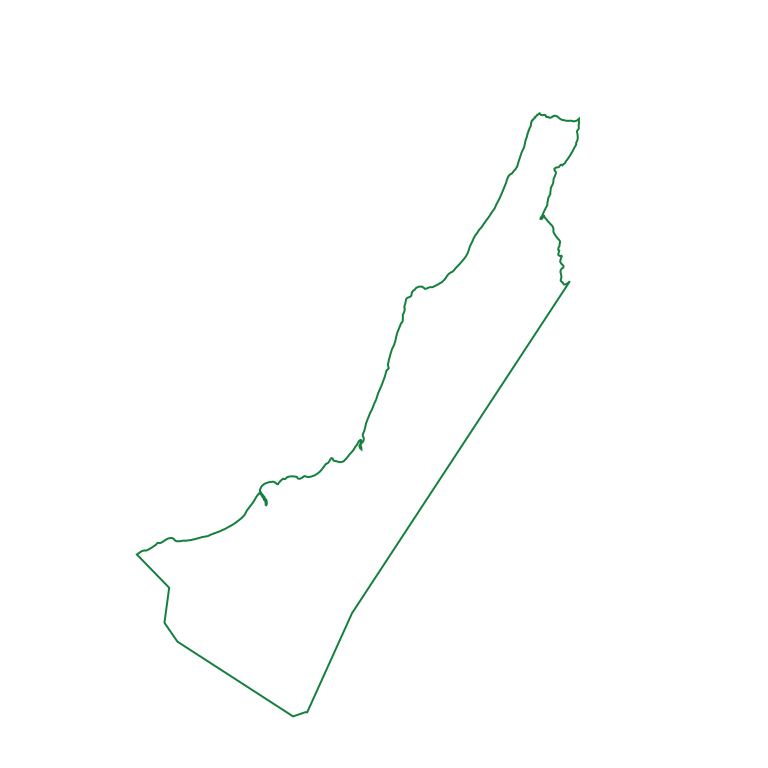 outline of Bata, Litoral, Equatorial Guinea, rotated 33°
{"feature_id": "11065452B98139425844484", "entity_name": "Bata", "entity_type": "district", "adm_level": 2, "iso_a3": "GNQ", "parent_name": "Equatorial Guinea", "parent_adm1": "Litoral", "projection": "robinson", "projection_center": [9.804, 2.002], "detail": "fine", "context": "isolated", "style": "outline", "palette": "green", "viewbox_px": 768, "rotation_deg": 33, "n_neighbors": 0, "source": "geoboundaries", "source_scale": "gbopen_adm2", "svg_char_len": 6011}
<svg xmlns="http://www.w3.org/2000/svg" viewBox="0 0 768 768"><g transform="rotate(33 384 384)"><path d="M483.9,196.6L483.1,199.6L482.5,200.8L481.5,202.0L480.4,202.6L478.8,201.6L478.3,201.5L477.5,201.7L475.8,201.0L475.1,199.5L475.0,198.8L474.3,197.3L473.6,196.4L471.3,194.3L470.4,193.0L470.3,192.4L470.2,190.3L470.9,189.0L470.9,188.5L470.7,187.9L470.5,187.5L470.1,187.2L468.6,186.8L467.1,186.5L465.9,186.0L465.5,185.7L464.8,184.9L464.3,183.3L464.0,182.6L464.1,182.3L463.9,182.0L463.5,180.0L462.9,179.8L462.1,180.6L461.6,180.9L460.2,180.9L459.8,180.6L459.6,180.3L459.2,179.5L458.3,176.6L457.9,176.6L457.6,176.8L457.0,176.5L456.5,175.7L456.4,175.3L456.1,174.7L456.1,173.0L456.0,172.6L455.2,171.4L455.0,170.5L454.3,168.9L453.7,168.4L452.4,167.8L451.3,167.6L449.5,167.0L448.8,166.9L444.2,164.8L443.5,164.3L442.7,163.4L442.5,163.1L441.7,161.6L441.1,161.2L439.7,160.1L437.5,159.3L436.2,159.2L434.2,158.5L433.3,158.5L429.9,157.2L429.3,157.2L428.0,156.7L426.6,155.7L426.1,155.9L426.4,157.6L426.5,159.1L426.2,160.0L425.3,160.3L424.9,159.5L424.9,158.7L425.0,156.3L424.7,155.1L424.6,153.9L424.3,152.8L424.0,149.5L423.7,147.9L423.7,146.6L423.6,145.4L423.2,144.5L422.0,142.4L421.9,141.8L420.4,138.3L420.1,134.4L419.3,132.9L418.7,131.9L418.1,130.5L417.1,128.6L416.8,125.7L416.5,123.8L416.3,123.0L415.4,121.2L414.7,119.9L414.4,119.1L414.2,117.0L413.4,113.7L413.1,113.1L412.7,112.7L412.0,112.3L411.2,112.2L410.0,111.3L409.8,111.0L410.0,109.6L410.5,108.5L412.0,107.5L412.5,106.7L412.8,104.0L413.4,103.4L414.5,103.5L414.8,102.1L415.2,101.0L415.5,100.2L415.2,98.2L415.4,97.3L415.6,93.3L415.5,89.3L415.4,85.8L415.0,83.2L415.0,82.4L414.9,80.4L414.9,79.3L414.6,78.3L413.7,76.9L413.6,75.2L413.3,73.9L412.8,72.8L412.5,72.1L410.5,69.4L408.3,67.1L408.1,66.7L408.3,63.7L407.9,63.0L406.6,61.5L406.0,60.2L405.6,59.0L404.7,57.8L403.8,56.7L403.1,55.4L402.5,57.4L402.2,58.2L401.3,59.1L400.4,60.3L397.2,61.4L395.9,62.5L393.4,64.0L392.1,64.4L389.8,65.4L389.0,65.6L386.3,65.7L384.4,65.3L383.2,65.3L382.5,65.4L381.6,65.7L380.7,66.4L380.4,66.9L380.2,66.9L380.1,67.3L379.3,69.0L378.5,70.1L377.8,70.6L376.7,70.6L376.1,70.6L375.6,71.2L374.6,71.6L374.0,71.4L373.6,70.8L373.1,70.7L372.2,70.9L371.7,71.0L371.2,71.5L370.7,72.1L370.2,72.5L369.4,72.6L368.7,72.9L367.1,72.2L367.0,72.4L367.2,72.5L366.6,73.7L366.4,74.4L366.2,74.7L365.9,74.8L365.8,75.2L365.8,75.9L365.7,77.4L365.6,77.8L365.4,78.0L365.2,78.1L365.5,78.6L365.5,79.0L365.0,80.2L365.1,80.6L364.9,82.1L364.6,82.3L364.7,82.9L364.6,83.3L365.5,85.3L365.7,86.1L366.3,86.9L366.6,88.1L366.7,89.8L366.9,90.7L367.4,92.4L367.3,92.9L367.8,94.3L368.1,95.9L369.2,98.9L369.7,101.1L369.8,102.0L372.5,109.0L373.3,114.8L374.0,117.4L375.7,124.1L377.2,128.8L377.3,132.4L376.9,134.0L376.7,137.1L376.5,138.0L375.3,140.3L375.3,142.8L376.0,146.4L376.7,148.2L378.9,159.7L379.9,165.8L380.5,172.8L381.1,175.9L381.1,179.0L380.9,180.8L381.0,186.6L380.6,191.3L380.6,193.6L380.4,196.1L380.5,198.6L379.8,203.2L379.9,205.9L379.6,209.9L379.8,213.1L380.2,214.6L381.1,221.7L381.9,224.7L382.8,228.1L383.2,232.1L383.0,235.2L382.1,242.1L381.0,247.8L380.7,251.0L380.4,252.0L379.9,253.3L379.4,253.7L378.4,256.2L378.2,256.9L378.0,260.1L378.0,262.1L377.9,263.1L377.9,263.7L377.6,264.7L377.2,266.8L376.7,267.8L376.0,269.1L375.5,270.4L374.7,271.6L372.6,275.4L371.9,276.4L369.8,277.8L369.1,278.6L367.3,281.3L366.8,281.8L366.1,281.9L364.8,281.6L363.7,281.7L363.1,281.5L361.3,282.7L360.5,283.1L358.8,285.6L358.6,286.1L358.5,286.5L358.5,287.6L357.9,289.5L357.5,290.4L357.6,291.4L357.6,292.2L358.8,295.0L358.7,295.8L358.5,296.5L356.5,299.2L356.4,300.7L356.6,301.5L357.8,304.4L358.9,308.0L359.3,308.7L359.9,309.0L361.0,310.7L361.5,311.9L361.9,313.6L362.0,315.6L362.9,317.0L363.5,317.7L364.5,319.5L365.1,320.4L365.5,321.3L365.5,322.7L365.3,323.8L365.8,326.5L367.2,333.8L368.1,336.6L370.0,341.6L370.5,343.4L371.2,345.5L371.6,349.8L372.9,354.7L374.0,357.9L374.8,360.8L375.8,363.0L376.5,365.1L377.0,366.1L377.3,366.4L379.3,368.0L379.4,369.3L379.2,369.7L378.9,370.4L378.9,372.0L379.9,374.8L381.1,379.1L382.7,386.4L384.2,395.3L385.9,401.3L386.4,405.2L387.9,412.5L388.0,414.8L388.4,417.2L390.2,426.1L391.0,428.5L391.7,430.1L393.2,434.8L393.2,435.4L393.7,438.0L394.4,438.9L395.1,439.5L395.5,439.6L396.5,440.4L397.5,442.1L397.8,444.2L397.4,444.9L397.4,447.9L399.4,449.4L400.6,451.1L399.0,450.9L397.9,450.1L397.1,449.4L396.7,446.5L395.7,444.1L395.5,443.7L395.0,443.6L394.6,443.9L394.1,445.7L394.4,449.2L394.2,451.8L394.3,453.8L394.3,456.6L393.8,460.0L393.4,461.6L393.3,464.2L393.0,466.7L392.2,471.0L390.2,473.2L387.8,474.2L385.9,474.8L384.3,475.5L383.3,475.7L381.2,474.4L380.3,474.8L380.0,476.6L380.2,478.1L380.2,480.1L379.7,481.5L378.9,482.3L378.3,490.4L377.9,492.7L377.2,494.9L375.6,498.4L373.6,501.0L372.5,502.2L371.2,503.3L368.8,504.2L368.0,504.2L367.1,505.1L366.5,506.8L365.1,509.3L364.1,509.9L363.0,510.1L361.5,509.4L359.3,510.3L356.1,512.2L354.3,514.0L353.5,515.0L353.1,516.8L352.8,517.5L351.8,518.2L351.0,518.4L350.3,520.3L350.0,521.5L349.6,524.4L349.7,525.4L349.5,525.9L349.2,526.1L348.6,526.2L347.5,526.0L344.9,526.0L343.7,526.7L341.5,528.6L340.3,529.8L339.0,531.5L338.1,532.9L337.1,536.1L337.1,537.3L337.6,540.2L338.2,541.2L340.5,542.4L344.1,543.6L345.3,543.9L346.4,544.9L347.8,545.1L348.7,545.5L349.5,546.3L351.0,548.3L351.2,549.1L351.2,549.8L350.7,549.9L350.1,549.1L349.3,547.9L348.0,546.8L346.5,546.5L345.5,545.5L343.8,545.0L342.1,544.0L341.2,543.7L338.9,543.3L338.7,544.3L338.4,548.1L338.7,553.2L338.6,556.0L337.9,564.7L338.4,569.8L337.6,573.8L336.5,577.3L335.1,581.1L333.6,584.6L329.5,592.3L326.3,597.3L320.9,604.5L319.1,607.5L314.8,611.5L311.0,615.9L307.4,619.7L302.9,623.6L301.4,624.3L299.0,626.6L296.9,628.1L295.4,628.9L294.4,629.1L293.2,628.8L292.2,628.4L291.5,628.4L289.8,628.8L288.4,629.8L287.0,631.3L285.5,634.1L284.3,637.1L282.8,639.5L281.3,640.1L280.7,640.6L280.2,643.2L278.0,648.4L277.0,650.4L275.6,652.7L274.7,653.7L273.9,653.9L272.0,655.9L270.7,658.8L269.6,661.6L314.8,671.9L329.9,703.8L351.1,712.6L488.8,712.3L496.7,702.2L497.1,701.8L498.4,701.2L482.0,593.6L483.9,196.6Z" fill="none" stroke="#15803d" stroke-width="2"/></g></svg>